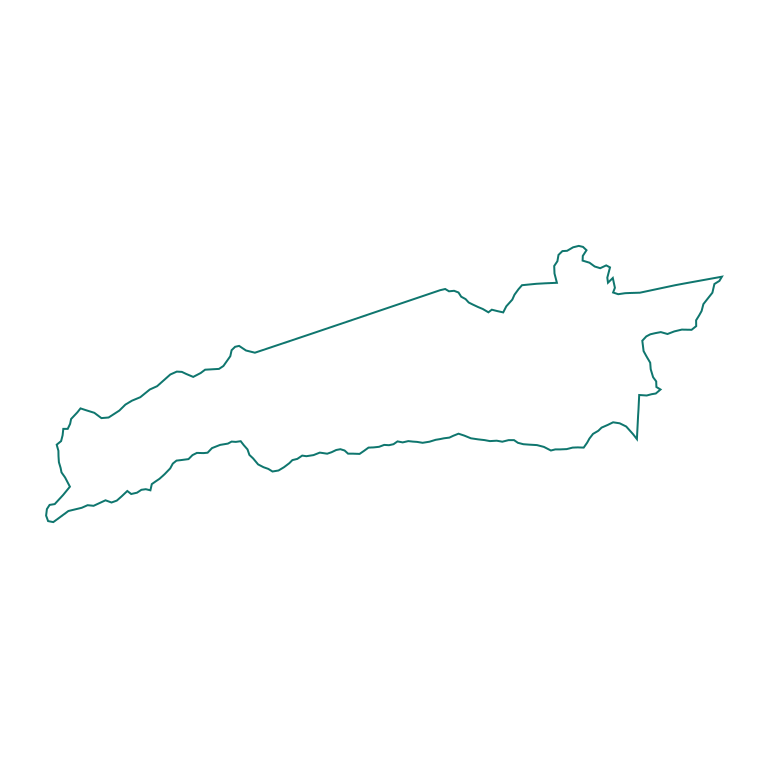 the district of Ibiapina, Ceará, Brazil
{"feature_id": "56859067B1418579052728", "entity_name": "Ibiapina", "entity_type": "district", "adm_level": 2, "iso_a3": "BRA", "parent_name": "Brazil", "parent_adm1": "Ceará", "projection": "robinson", "projection_center": [-41.013, -3.951], "detail": "fine", "context": "isolated", "style": "outline", "palette": "teal", "viewbox_px": 768, "rotation_deg": 0, "n_neighbors": 0, "source": "geoboundaries", "source_scale": "gbopen_adm2", "svg_char_len": 3038}
<svg xmlns="http://www.w3.org/2000/svg" viewBox="0 0 768 768"><path d="M150.4,490.3L151.8,484.1L155.5,481.5L159.5,478.8L164.6,474.2L170.2,468.4L172.8,463.6L176.5,460.6L180.9,460.1L188.5,459.1L192.5,455.1L196.9,452.9L203.5,453.1L207.6,452.7L212.0,448.1L220.1,444.9L227.9,443.6L231.6,441.6L235.8,441.9L240.7,441.2L243.8,445.2L247.5,449.4L249.4,454.9L253.1,458.4L258.1,464.4L263.5,467.2L268.3,468.9L272.5,471.5L278.5,470.5L284.0,467.2L289.3,463.2L292.4,460.1L297.3,458.9L302.2,455.6L306.4,456.2L313.5,455.1L319.8,452.6L327.2,453.7L331.6,452.2L336.2,450.0L340.4,449.2L344.6,450.5L348.1,453.7L353.7,453.7L359.6,453.9L364.1,450.8L368.5,447.6L373.6,447.4L379.1,446.8L384.2,444.9L389.0,445.2L393.5,444.2L397.5,441.4L402.7,442.4L408.3,441.1L412.9,441.6L417.1,441.9L422.6,442.8L429.5,441.7L435.7,439.8L440.0,439.1L443.9,438.3L449.4,437.6L453.2,435.8L458.5,433.7L464.3,435.6L470.9,438.3L478.4,439.4L484.6,440.1L489.9,441.1L496.7,440.7L502.3,441.7L508.7,440.1L514.0,440.1L517.9,442.8L523.3,444.2L528.6,444.6L537.0,445.1L543.9,446.9L550.9,450.5L555.3,449.4L560.0,449.4L566.7,449.1L572.6,447.6L577.7,447.4L583.7,447.6L587.2,442.6L589.4,438.6L593.0,433.9L598.3,430.8L601.6,427.6L607.8,424.9L613.1,422.3L619.7,423.3L626.2,426.5L633.0,434.1L636.9,439.1L638.1,415.6L638.5,409.3L639.2,395.0L646.7,395.5L651.6,394.2L655.8,393.5L660.5,389.5L656.4,387.0L656.2,381.4L653.1,377.2L650.7,369.2L650.2,362.7L646.5,356.4L643.6,351.1L642.3,340.7L646.3,336.4L650.3,334.3L655.0,333.2L660.8,332.1L667.5,334.0L674.3,331.4L681.8,329.6L691.6,329.8L696.2,326.1L696.1,320.3L699.2,315.3L701.6,311.0L703.4,304.1L708.2,298.0L712.4,292.7L714.4,284.0L719.4,280.9L721.9,276.7L684.3,283.5L675.2,285.2L639.9,292.7L629.7,293.0L625.1,293.2L618.2,294.2L613.1,292.5L614.9,287.8L612.8,278.0L608.0,282.7L607.3,277.7L610.0,267.4L606.2,265.4L600.2,268.2L594.7,266.5L589.5,262.7L582.6,260.6L582.8,255.9L586.5,250.2L583.0,246.9L578.8,245.9L573.1,247.3L567.1,250.8L562.4,251.1L558.5,254.9L557.4,261.2L554.2,266.0L554.5,273.5L556.9,282.8L545.3,283.3L536.3,283.8L522.0,285.2L518.5,289.2L514.5,294.7L512.3,299.6L506.3,306.3L503.2,312.4L497.4,311.1L491.8,309.7L488.4,312.3L482.8,309.0L478.0,307.0L472.9,304.6L468.7,302.5L465.6,299.1L461.2,296.7L458.5,292.5L454.1,290.8L449.0,291.3L445.2,289.0L440.1,290.2L311.9,333.6L263.0,350.0L254.9,352.7L246.0,350.5L239.1,345.9L235.1,346.8L231.6,350.2L230.3,356.2L223.4,366.0L219.0,368.9L205.1,369.7L200.7,373.0L193.2,376.9L186.1,373.9L181.9,371.9L176.8,371.6L170.3,374.5L157.1,386.2L149.8,389.5L140.3,397.2L131.9,400.7L125.4,404.6L119.3,410.6L108.6,417.5L101.4,418.1L94.3,412.8L86.3,410.3L80.5,408.4L77.4,412.3L71.1,419.0L70.1,423.9L67.7,428.9L63.3,428.9L62.6,435.3L61.1,441.1L56.7,444.7L58.4,450.8L58.5,456.1L58.9,462.2L60.6,467.9L61.5,472.4L65.1,477.5L69.9,486.7L63.1,495.0L54.7,504.1L49.6,504.9L46.9,509.1L46.1,515.6L48.1,521.1L53.3,522.1L68.4,511.0L81.7,507.8L87.6,505.2L93.6,505.8L105.5,500.3L111.5,502.5L116.8,500.6L121.7,496.3L127.3,491.0L131.2,494.0L137.0,492.7L141.4,489.8L145.8,489.2L150.4,490.3Z" fill="none" stroke="#0f766e" stroke-width="2"/></svg>